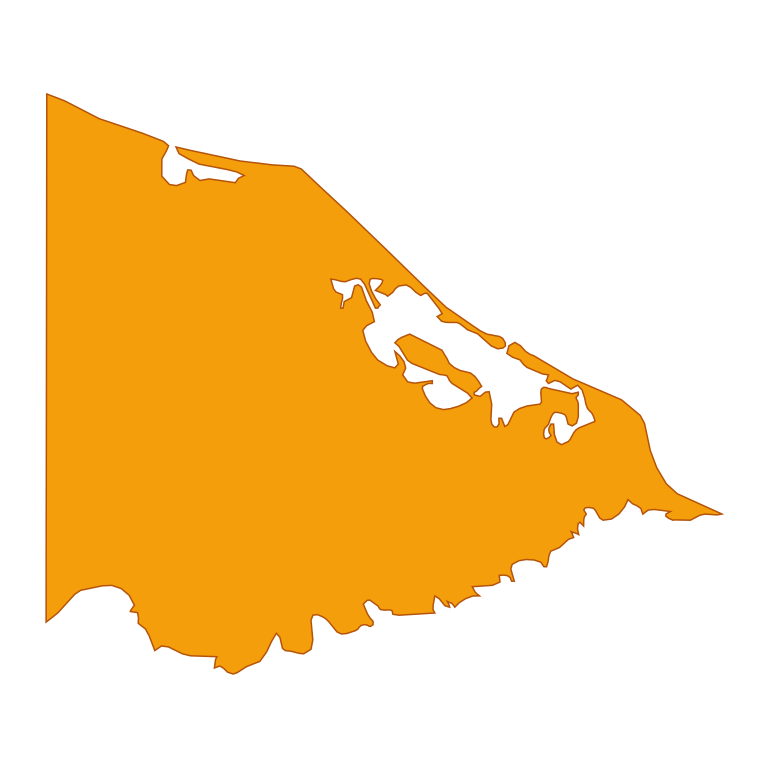 map outline of Gracias a Dios (Natural Earth projection)
{"feature_id": "HND-640", "entity_name": "Gracias a Dios", "entity_type": "Department", "adm_level": 1, "iso_a3": "HND", "parent_name": "Honduras", "parent_adm1": "", "projection": "natural_earth1", "projection_center": [-83.951, 15.304], "detail": "fine", "context": "isolated", "style": "filled", "palette": "amber", "viewbox_px": 768, "rotation_deg": 0, "n_neighbors": 0, "source": "natural_earth", "source_scale": "10m", "svg_char_len": 5267}
<svg xmlns="http://www.w3.org/2000/svg" viewBox="0 0 768 768"><path d="M51.7,617.8L46.1,622.1L46.1,621.8L46.2,520.8L46.3,483.6L46.8,94.0L64.5,100.8L99.2,118.7L142.9,133.4L163.4,141.4L168.6,145.8L166.3,151.1L161.9,158.9L161.8,165.5L161.8,176.1L169.4,184.5L176.5,185.6L185.4,182.4L186.6,173.7L187.7,169.9L191.1,170.2L193.5,175.5L199.9,180.5L209.0,178.9L217.6,180.1L235.3,182.7L238.5,178.3L244.2,175.5L236.6,171.9L227.5,169.6L199.0,164.1L188.2,158.8L179.1,153.7L176.0,147.0L190.5,150.4L240.1,161.0L272.5,164.9L293.9,166.2L301.3,169.0L320.9,187.5L347.3,212.0L386.6,249.9L424.6,286.9L445.9,307.1L473.6,326.3L480.2,330.8L486.8,334.1L499.5,336.5L502.7,338.4L505.2,342.6L505.4,345.9L503.0,348.0L497.7,348.8L491.3,346.0L477.6,333.8L467.4,329.7L460.6,324.2L457.2,322.5L446.2,322.4L441.5,321.2L437.2,316.5L438.9,315.7L440.5,314.5L442.2,313.8L439.0,308.5L427.2,293.3L424.7,293.3L420.7,295.5L415.9,292.3L410.8,287.4L406.2,284.9L398.8,286.0L395.4,288.6L392.8,292.3L387.7,296.2L385.4,294.4L375.4,290.4L380.0,285.8L381.9,283.2L382.8,280.4L381.1,279.4L377.2,278.7L372.9,278.5L370.2,279.1L369.2,283.7L371.5,291.0L375.7,298.8L380.3,304.9L379.4,305.8L379.0,306.1L378.6,306.6L377.8,308.1L375.4,308.1L364.6,284.2L360.6,279.1L356.5,278.3L351.7,279.4L345.5,281.7L341.3,281.4L335.1,279.7L330.8,279.1L333.6,288.8L335.9,292.0L342.5,294.7L342.6,298.2L341.4,303.0L340.6,308.1L343.1,308.1L344.2,301.6L351.5,297.7L354.7,286.0L358.1,284.7L361.5,287.0L366.4,300.9L372.2,312.1L374.4,321.6L366.6,325.7L362.8,330.4L365.6,341.1L371.7,352.7L377.8,360.1L387.2,365.8L394.9,367.9L398.3,363.9L394.9,351.5L399.7,355.8L404.0,361.6L405.7,368.1L402.7,374.9L407.7,381.9L414.6,383.2L432.3,380.7L432.3,383.5L428.8,383.4L426.5,384.2L422.5,386.4L422.5,389.1L425.5,396.3L429.9,402.9L435.8,407.7L443.4,409.6L450.0,408.7L458.4,406.3L466.5,402.6L472.0,398.0L467.4,393.0L452.1,383.5L449.5,380.6L448.2,377.8L446.8,375.7L443.4,374.9L439.5,374.5L411.9,363.4L407.4,360.1L399.0,346.4L394.9,342.8L398.1,339.5L401.6,337.4L409.7,334.1L441.9,350.2L447.1,358.8L449.2,363.3L454.1,367.5L460.2,370.5L470.5,373.0L474.8,376.4L478.5,381.2L481.6,386.4L479.2,388.3L476.3,391.3L474.2,392.2L474.2,394.9L480.2,396.4L485.2,392.2L489.1,391.7L491.7,404.1L490.9,419.8L491.8,424.1L494.4,427.1L497.1,426.9L499.0,423.9L498.9,418.3L501.6,418.3L504.8,426.5L507.9,424.6L513.9,412.2L519.6,408.5L527.0,406.0L540.0,404.1L541.5,402.1L540.8,392.5L541.3,389.1L543.7,387.3L546.0,387.5L548.7,388.5L572.1,393.7L578.3,392.2L578.3,394.9L576.1,397.4L576.4,399.1L577.6,401.0L578.3,404.1L578.3,416.8L576.4,423.2L572.2,425.9L568.1,424.1L566.2,416.8L564.9,414.7L561.7,413.3L558.0,412.5L554.9,412.2L552.7,414.0L550.8,417.8L548.5,424.1L546.8,426.3L545.3,427.6L544.1,429.7L543.6,434.2L544.4,438.1L546.5,438.8L548.9,437.6L551.0,435.6L549.1,432.1L548.7,429.3L549.5,426.8L550.9,424.1L553.6,424.1L554.4,434.5L556.9,441.9L561.4,444.7L568.5,441.4L570.4,439.0L573.7,432.8L575.8,430.1L578.7,428.0L594.9,421.4L594.7,419.9L593.1,415.4L591.6,412.8L589.5,410.8L587.5,408.4L585.9,404.1L584.7,398.1L582.1,390.0L577.6,385.2L570.9,389.1L560.1,381.8L554.8,380.4L548.5,383.5L546.2,380.7L547.0,379.1L548.5,374.9L542.6,374.0L527.0,367.4L523.8,364.7L520.0,359.9L512.5,357.2L506.9,353.4L509.0,345.7L514.9,342.4L520.6,345.9L525.6,351.4L530.0,354.3L533.9,355.8L572.9,378.9L621.5,399.8L640.2,415.4L644.5,423.4L650.3,450.6L656.7,467.6L666.3,483.8L677.3,493.8L721.9,514.0L717.1,514.9L704.9,514.1L699.9,515.2L690.4,520.2L674.4,519.9L672.9,520.2L668.5,518.2L665.8,516.1L666.1,513.9L670.4,511.5L654.5,509.5L648.3,510.0L642.8,514.1L640.9,508.5L637.1,505.8L632.5,503.7L628.0,499.6L624.5,507.0L618.9,514.0L611.6,519.0L603.1,520.2L599.8,518.1L595.4,510.4L593.5,508.3L588.7,507.4L585.1,507.9L583.8,510.0L586.3,514.1L584.4,516.9L583.8,519.5L583.6,526.0L580.0,522.2L578.0,524.0L577.5,529.0L578.7,534.6L576.6,533.5L571.2,531.7L572.0,533.0L573.0,536.0L573.7,537.5L568.5,539.3L559.5,547.5L550.7,551.2L548.9,555.8L548.1,561.5L546.6,566.7L543.9,566.7L540.8,562.2L534.2,560.0L526.1,559.5L519.0,560.7L512.2,564.3L510.8,569.0L514.3,581.2L511.6,581.2L510.2,577.6L507.5,575.7L503.8,575.1L499.2,575.4L500.0,582.0L492.5,585.3L472.3,586.7L474.9,591.7L476.7,593.7L479.5,595.9L472.8,596.0L465.7,598.6L459.2,602.7L454.8,607.2L452.7,604.2L451.5,603.1L450.0,602.7L447.4,601.4L449.2,605.4L449.7,607.2L445.0,605.8L439.2,598.7L434.8,595.9L433.1,605.6L433.0,609.5L434.8,613.0L399.1,615.2L392.9,614.3L392.2,611.0L390.3,609.9L384.2,610.1L380.4,609.5L379.1,608.0L378.1,606.1L369.9,600.1L367.2,600.3L363.3,604.1L367.5,614.0L370.0,617.9L373.1,621.4L373.1,624.6L370.6,626.4L369.1,626.2L367.4,625.2L364.4,624.6L361.1,625.4L359.2,627.2L357.8,629.2L355.6,630.6L346.8,633.5L341.5,634.0L337.1,632.0L328.6,621.5L325.8,618.8L322.5,616.7L317.5,614.7L313.0,615.1L311.0,620.1L312.8,640.0L311.0,649.3L303.6,653.8L299.5,653.4L290.8,651.2L285.3,650.6L282.5,648.4L279.9,637.3L276.4,633.3L271.6,641.3L266.6,652.0L259.9,661.3L246.4,666.7L237.1,672.7L233.1,674.0L227.5,672.1L223.7,668.4L219.9,666.0L214.4,668.0L215.5,659.7L216.9,656.7L190.5,655.8L182.4,653.8L168.4,646.9L161.4,646.0L154.8,650.6L149.3,636.1L145.5,629.0L138.2,623.3L138.5,617.7L137.5,612.6L130.3,611.5L130.5,610.7L133.4,606.5L134.5,605.4L129.2,595.3L121.3,588.6L111.9,585.4L102.3,585.8L80.7,590.3L74.8,594.2L58.2,612.5L51.7,617.8Z" fill="#f59e0b" stroke="#b45309" stroke-width="1.5"/></svg>